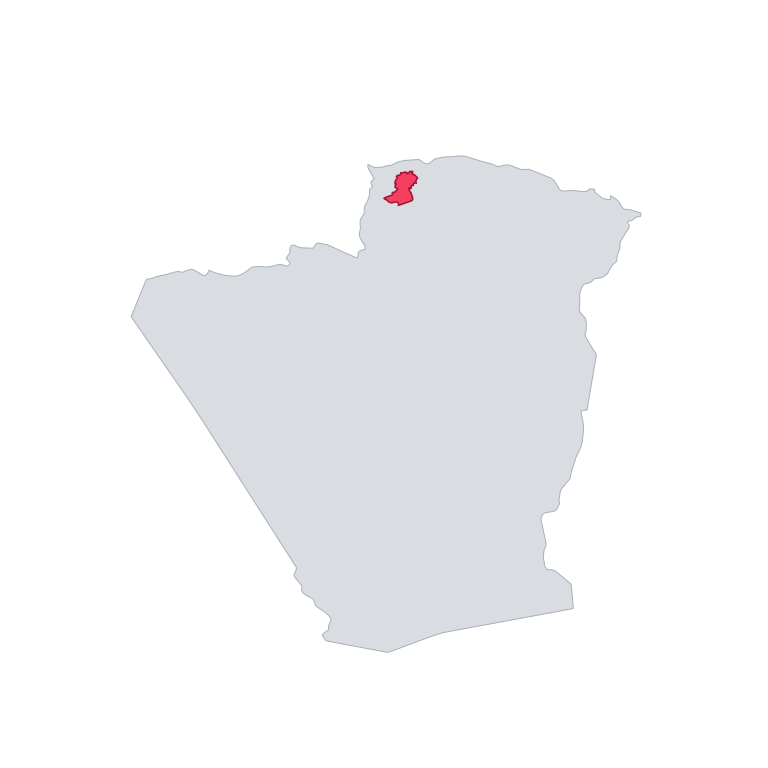 where Sidi Bel Abbès sits in Algeria, rotated 22°
{"feature_id": "DZA-2146", "entity_name": "Sidi Bel Abbès", "entity_type": "Province", "adm_level": 1, "iso_a3": "DZA", "parent_name": "Algeria", "parent_adm1": "", "projection": "mercator", "projection_center": [-0.548, 34.822], "detail": "fine", "context": "in_parent", "style": "filled", "palette": "rose", "viewbox_px": 768, "rotation_deg": 22, "n_neighbors": 0, "source": "natural_earth", "source_scale": "10m", "svg_char_len": 6532}
<svg xmlns="http://www.w3.org/2000/svg" viewBox="0 0 768 768"><g transform="rotate(22 384 384)"><path d="M558.3,129.3L558.9,131.0L559.0,132.6L556.6,134.0L555.0,134.9L553.1,138.9L549.6,141.6L549.1,142.4L549.1,143.2L551.4,144.4L552.2,145.6L552.6,147.2L551.5,152.8L550.0,162.6L550.0,164.8L550.9,167.3L551.8,169.3L552.1,171.6L551.8,177.1L552.9,180.3L553.7,183.2L551.7,186.9L550.8,190.1L550.2,194.8L550.0,197.7L548.7,200.3L546.9,202.9L545.0,204.4L542.6,205.8L539.8,207.5L537.5,212.3L532.6,216.2L531.6,217.6L531.2,220.7L531.3,225.1L532.1,228.6L534.5,233.7L536.5,239.3L537.1,242.1L537.9,243.2L540.7,245.0L545.7,247.5L546.7,248.5L549.1,252.4L551.5,259.2L552.2,263.8L561.0,270.8L569.5,276.8L570.1,277.8L574.6,298.5L576.2,305.8L582.0,332.0L579.6,333.4L576.8,335.3L578.8,338.8L582.7,344.6L585.1,349.2L585.9,351.2L587.7,356.9L589.2,362.4L589.6,364.2L590.2,368.5L589.5,380.1L590.6,394.9L592.0,402.2L589.7,408.8L587.8,415.1L587.9,418.3L589.0,423.2L590.0,426.8L591.5,428.8L591.2,434.9L590.6,437.1L586.2,440.3L581.3,443.2L580.0,445.7L579.6,448.4L580.2,450.7L594.1,471.2L594.6,473.2L594.8,479.0L597.1,486.2L599.6,489.4L600.5,491.7L602.3,493.4L604.1,494.7L605.2,494.8L611.4,492.8L622.0,496.1L632.0,499.4L632.8,500.0L638.5,511.0L643.6,521.3L530.8,593.1L518.4,603.9L489.4,630.4L487.2,631.6L449.0,639.4L429.2,643.3L428.2,643.5L427.1,643.6L426.3,643.5L424.6,642.9L422.5,641.3L421.1,640.5L420.8,639.2L421.6,637.6L422.6,636.1L423.0,634.9L423.7,634.0L424.5,633.3L424.6,632.3L423.8,630.6L423.2,628.3L423.2,624.1L423.3,622.2L421.4,620.5L417.9,618.8L414.8,617.7L413.3,617.4L409.8,616.7L404.9,615.6L403.2,614.8L400.1,610.9L398.5,609.9L391.2,609.2L388.8,608.6L386.8,607.7L385.1,606.4L384.1,604.2L383.8,602.5L383.2,601.6L375.1,597.4L373.1,596.0L372.0,594.6L372.0,592.6L372.2,590.2L371.9,588.0L371.5,586.9L229.2,485.8L221.5,480.5L204.0,468.6L124.4,416.4L124.4,378.4L124.5,376.4L125.0,375.6L127.6,374.2L131.6,371.0L133.0,369.5L134.9,368.1L141.6,363.7L143.0,362.5L149.5,357.5L151.0,356.7L154.5,356.2L156.0,355.3L157.9,353.3L160.8,350.9L162.7,349.9L163.2,349.7L164.3,349.5L170.4,350.2L172.9,350.7L175.9,351.1L176.8,350.8L177.6,350.1L178.8,348.5L179.0,346.6L179.1,344.9L179.3,344.2L179.8,343.8L181.1,344.0L182.9,344.2L186.5,344.1L187.7,343.9L191.8,343.5L197.5,342.4L205.7,339.9L209.6,336.9L212.5,333.8L215.5,329.1L217.8,325.1L222.6,322.6L226.6,321.0L228.8,320.4L234.0,318.3L242.5,312.0L249.6,311.1L250.5,310.5L251.5,309.4L251.6,307.5L250.4,306.2L248.9,305.5L247.9,304.7L246.9,304.6L246.3,303.6L246.6,302.0L246.8,300.4L247.5,298.8L247.3,296.6L246.2,294.4L245.9,292.8L246.0,291.2L246.5,290.0L248.0,289.2L249.7,288.8L252.1,289.2L256.2,288.7L266.9,284.9L267.6,283.7L268.3,281.0L269.0,278.7L270.1,277.9L270.7,277.8L279.3,276.2L281.2,276.1L297.0,276.9L310.7,277.3L311.9,276.8L311.9,275.1L311.0,271.9L311.5,269.9L313.5,268.1L315.9,266.1L314.8,263.5L312.8,261.9L310.1,259.9L308.7,259.0L306.3,256.6L304.8,253.8L303.7,248.0L301.9,244.7L300.5,240.6L301.7,233.1L299.9,228.6L299.6,226.6L299.6,224.3L300.2,220.3L299.8,214.7L297.7,208.8L298.7,206.8L299.1,205.8L299.0,204.9L297.0,203.1L296.2,201.5L296.6,200.1L297.7,198.0L297.6,197.1L294.4,194.5L289.1,190.4L287.6,188.6L286.9,186.3L292.0,186.9L294.6,186.6L300.6,183.9L305.4,180.2L309.1,178.3L312.4,174.2L315.4,171.7L319.6,168.9L332.0,162.9L333.9,162.9L338.0,164.2L341.5,163.8L343.9,161.7L346.5,156.7L350.6,153.6L355.7,150.5L362.6,147.5L367.1,144.8L374.3,142.4L392.4,140.9L401.6,139.6L407.9,139.9L414.3,135.6L417.5,134.1L431.2,133.8L437.7,130.6L462.3,130.6L465.3,131.7L468.3,133.4L473.3,137.5L475.8,138.4L479.1,137.5L486.7,133.6L495.2,131.6L499.8,129.3L501.8,125.9L505.8,124.6L508.0,127.3L516.9,129.9L522.3,129.1L524.7,128.3L523.8,124.4L529.6,125.5L534.0,127.4L538.6,131.1L541.6,131.9L547.0,130.2L558.3,129.3Z" fill="#d9dde1" stroke="#a8b0b8" stroke-width="1"/><path d="M338.6,185.7L338.1,185.7L337.8,185.7L337.7,185.8L337.5,186.1L337.4,186.2L337.2,186.2L336.9,186.2L336.7,186.3L336.5,186.5L336.4,186.6L336.3,186.9L336.3,187.3L336.3,187.5L336.4,188.0L336.5,188.2L336.7,188.5L336.8,188.6L336.8,188.8L336.6,189.0L336.3,189.2L336.2,189.2L335.9,189.1L335.7,189.0L335.4,189.4L335.3,189.7L335.2,189.9L335.2,190.0L335.3,190.3L335.4,190.5L335.3,191.3L335.3,191.6L335.4,191.8L335.7,191.9L335.8,192.0L335.9,192.3L335.7,192.6L334.9,192.8L334.4,193.1L334.0,192.9L333.9,192.9L333.7,193.0L333.5,193.4L333.5,193.5L333.7,193.8L334.7,194.2L334.8,194.3L335.1,194.5L335.2,195.1L335.3,195.4L335.3,195.5L335.5,195.6L336.0,195.8L336.2,196.0L336.3,196.1L336.5,196.2L337.0,196.2L337.3,196.3L337.4,196.7L337.4,197.0L337.5,197.2L337.7,197.3L337.8,197.4L338.0,197.5L339.0,198.4L339.8,199.2L341.2,201.2L341.3,201.5L341.4,202.1L341.4,202.3L341.3,202.7L341.2,203.3L341.0,203.7L340.9,203.9L330.5,213.0L330.1,211.9L329.9,211.6L329.6,211.2L329.2,210.9L328.7,210.6L328.2,210.5L327.7,210.5L327.2,210.6L326.7,210.8L325.7,211.4L324.1,212.7L323.5,213.0L322.8,213.3L321.7,213.5L319.8,213.3L319.2,213.2L318.7,212.9L318.3,212.6L317.8,212.3L317.6,212.2L317.3,212.2L316.5,212.4L316.0,212.4L315.5,212.3L315.2,212.2L314.5,211.8L315.2,210.8L316.2,209.7L320.2,206.3L320.6,205.8L320.7,205.6L320.8,205.3L320.8,205.1L320.7,204.8L320.7,204.7L320.5,204.4L320.4,204.3L320.2,204.0L320.0,203.8L320.0,203.6L320.0,203.4L320.2,203.1L320.5,202.9L321.6,202.6L321.8,202.5L321.9,202.4L322.4,201.1L322.8,200.0L323.2,199.4L323.6,198.6L323.6,198.3L323.6,198.1L323.4,197.7L323.2,197.6L321.6,197.7L321.0,197.6L320.4,197.4L320.2,196.8L320.2,196.1L320.3,195.1L320.4,194.6L320.3,194.3L320.1,194.3L319.7,194.3L319.4,194.4L319.2,194.4L319.0,194.1L319.1,193.8L319.5,193.3L319.5,193.1L319.4,193.0L319.2,192.9L318.9,192.9L318.8,192.7L318.6,192.4L318.4,191.9L318.4,191.7L318.4,191.3L318.5,190.7L318.7,189.5L318.8,189.3L319.1,188.8L319.3,188.3L319.3,188.1L319.3,187.9L317.8,187.0L317.7,186.9L318.2,185.7L318.6,185.3L319.1,185.0L319.5,185.0L320.0,184.9L320.3,184.6L320.6,184.0L320.7,183.4L320.6,182.8L320.5,182.4L320.4,182.0L320.6,181.7L320.8,181.5L321.4,181.4L321.8,181.4L322.2,181.3L322.6,181.1L323.4,180.0L323.8,179.7L325.9,179.3L326.0,180.3L326.5,180.5L326.8,180.3L327.1,180.2L327.3,180.0L327.6,179.7L327.8,179.3L327.9,178.9L328.1,177.7L328.2,177.3L328.4,177.0L328.6,176.9L329.0,176.8L329.5,176.8L330.1,176.6L330.6,176.4L331.0,176.3L331.3,176.6L331.3,177.0L331.0,177.4L330.6,178.0L331.1,178.5L331.9,178.8L332.4,179.0L332.8,179.0L333.2,178.6L333.3,178.4L333.6,178.5L337.5,180.0L338.0,180.3L338.0,180.7L337.8,181.3L337.7,181.8L337.6,182.0L337.5,182.5L337.5,182.9L337.5,183.1L337.4,183.3L337.3,183.5L337.3,183.9L337.8,184.4L338.2,184.8L338.6,185.7Z" fill="#f43f5e" stroke="#9f1239" stroke-width="1.5"/></g></svg>